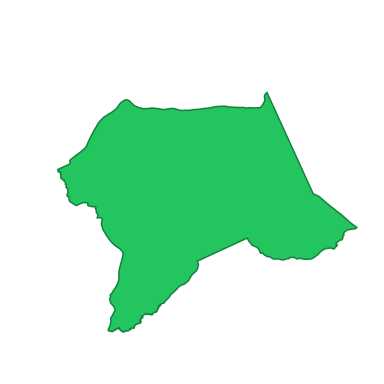 outline of Sesan, Stœng Trêng, Cambodia, rotated 65°
{"feature_id": "14789045B73389269548404", "entity_name": "Sesan", "entity_type": "district", "adm_level": 2, "iso_a3": "KHM", "parent_name": "Cambodia", "parent_adm1": "Stœng Trêng", "projection": "equal_earth", "projection_center": [106.435, 13.605], "detail": "fine", "context": "isolated", "style": "filled", "palette": "green", "viewbox_px": 384, "rotation_deg": 65, "n_neighbors": 0, "source": "geoboundaries", "source_scale": "gbopen_adm2", "svg_char_len": 6012}
<svg xmlns="http://www.w3.org/2000/svg" viewBox="0 0 384 384"><g transform="rotate(65 192 192)"><path d="M188.4,288.6L197.1,287.6L201.4,286.7L203.6,286.1L207.2,284.7L209.7,283.4L213.1,281.3L217.8,280.0L221.0,281.9L230.1,289.5L232.1,291.0L234.7,292.7L238.3,294.1L240.9,295.6L243.0,297.5L245.4,300.4L249.0,306.3L249.9,307.4L250.1,307.9L250.2,308.9L251.1,309.8L251.8,309.8L252.1,309.7L252.4,309.9L252.7,310.4L253.1,310.7L253.7,311.4L254.6,312.0L257.0,312.2L257.8,312.7L259.9,312.2L262.4,311.3L263.6,311.3L265.3,311.2L266.3,311.2L266.9,311.9L268.2,313.8L271.0,317.4L271.6,318.3L271.7,318.8L272.2,319.3L274.5,319.8L277.6,322.1L278.8,323.2L281.5,326.2L282.2,326.4L283.0,325.8L283.7,324.9L284.1,324.4L284.2,323.9L284.7,323.3L285.0,322.7L284.8,322.6L284.6,321.4L284.2,321.1L284.3,320.6L284.7,320.2L284.8,319.8L284.3,319.5L284.1,319.0L284.0,318.2L284.1,317.7L284.5,317.4L284.9,316.7L284.6,316.3L284.1,316.3L283.9,316.0L284.0,315.7L284.4,315.5L284.7,315.8L284.9,315.8L285.6,315.4L286.0,315.5L286.9,315.3L287.7,314.6L288.1,314.8L288.5,314.7L288.6,314.3L288.8,314.1L289.9,313.6L290.1,313.3L289.7,312.1L290.1,311.5L290.2,311.2L290.0,310.9L290.2,309.8L290.5,309.5L290.9,308.3L290.9,307.8L290.5,307.2L290.6,305.5L290.4,305.5L290.2,306.0L289.7,306.0L289.6,305.4L290.0,304.4L290.0,303.6L290.1,303.2L290.5,302.5L291.0,302.3L290.7,301.7L289.4,300.9L289.1,300.2L288.7,300.0L288.7,299.6L288.3,299.2L288.6,297.7L288.5,297.2L288.5,296.9L288.7,296.0L288.4,294.8L288.7,294.6L289.0,294.2L288.1,293.0L287.8,292.9L287.6,293.0L287.6,293.3L287.1,293.9L286.6,293.3L286.1,293.1L286.2,292.6L286.1,292.4L285.9,292.3L285.3,292.5L285.4,291.3L285.1,290.8L285.0,289.7L284.7,289.5L284.1,289.9L284.0,289.6L283.9,289.6L283.4,290.1L283.2,289.7L283.6,289.0L283.2,288.3L283.0,287.3L282.9,286.9L283.1,286.2L283.0,285.8L282.6,285.5L282.5,285.0L282.7,284.8L283.6,285.0L283.8,284.8L284.0,283.9L284.2,283.4L284.5,283.2L284.6,282.9L284.6,282.3L285.1,282.3L285.3,282.1L285.0,281.2L285.1,280.9L285.4,280.7L285.9,280.7L286.2,280.6L286.4,280.2L286.5,279.8L285.9,279.6L285.5,279.0L285.7,278.2L285.4,277.8L285.1,276.9L285.3,276.0L285.7,275.5L285.7,275.2L285.3,274.2L284.6,273.8L284.3,273.1L283.7,272.5L282.9,272.3L283.2,271.4L282.2,270.7L281.9,270.4L281.3,270.7L281.1,270.7L281.0,270.4L281.2,270.1L281.5,270.0L281.8,269.4L281.8,269.0L281.6,268.8L281.3,268.7L280.9,269.2L280.7,268.9L280.6,267.9L280.9,267.4L280.4,266.8L280.3,266.4L280.2,266.0L280.8,265.0L280.8,264.5L279.4,261.8L277.7,257.1L277.3,256.4L276.4,255.3L276.0,254.5L274.6,249.7L273.4,246.4L272.3,244.0L271.8,240.4L272.2,238.9L272.2,237.9L271.2,233.5L270.6,232.1L267.9,228.5L267.1,227.1L266.5,225.4L265.4,221.6L264.6,220.3L262.3,218.1L260.8,217.0L259.6,216.6L256.9,216.4L257.1,161.5L260.8,161.2L262.0,161.0L263.5,160.2L264.1,160.4L265.0,160.3L265.8,159.8L269.2,156.9L270.4,156.1L271.7,155.7L272.6,155.6L276.0,155.8L276.5,155.6L276.9,154.4L277.5,153.5L278.8,153.3L280.4,152.5L281.2,151.8L282.1,151.3L282.7,150.7L283.4,149.0L283.8,148.6L284.9,148.1L286.5,147.0L287.3,146.1L288.1,144.8L288.7,142.5L291.1,139.6L292.2,138.0L292.7,134.3L293.3,132.3L293.3,131.8L292.8,130.8L294.0,127.8L294.2,127.2L294.8,126.9L295.2,126.3L296.5,125.8L296.7,125.6L297.0,125.0L297.6,122.4L299.7,119.6L301.1,117.3L302.5,113.7L302.9,112.4L303.2,110.4L302.8,109.0L302.4,106.4L302.0,104.7L300.4,100.6L300.1,99.2L299.8,97.7L299.8,95.9L299.9,94.2L301.3,90.0L302.0,89.2L302.7,88.7L303.5,87.5L303.6,87.0L303.3,86.3L302.4,85.3L302.5,84.6L302.0,84.1L302.0,83.7L302.0,83.1L301.7,82.9L301.4,83.0L301.3,82.8L301.1,82.8L300.8,83.1L300.2,83.3L299.8,83.1L299.5,83.2L299.2,83.0L299.0,82.0L298.7,80.7L298.6,80.0L298.3,79.2L298.1,77.9L298.6,77.1L298.7,76.6L298.2,75.5L297.1,74.4L295.9,74.2L295.6,73.7L295.5,72.8L295.2,72.4L294.6,72.4L293.0,71.5L292.6,70.0L292.1,67.4L292.4,65.6L294.1,60.2L294.2,59.6L294.0,58.2L293.7,57.6L285.6,62.1L284.3,62.5L276.1,66.0L272.2,68.0L269.9,69.3L266.9,70.6L265.4,71.5L260.3,74.1L250.7,78.3L248.9,79.4L244.9,82.9L133.5,82.0L134.2,84.0L135.1,85.4L135.9,85.9L136.9,86.3L139.0,86.8L139.6,87.4L141.1,88.6L142.7,91.1L143.6,92.3L143.8,93.1L144.4,93.9L144.2,95.1L142.0,100.4L139.6,105.0L139.1,106.8L138.6,107.8L137.0,109.7L135.6,113.1L130.2,123.2L128.7,124.9L127.3,127.7L124.8,134.0L123.7,138.3L122.9,141.6L121.2,146.3L120.7,148.4L119.4,152.2L118.1,155.5L116.9,159.6L116.4,160.9L115.1,163.4L113.7,167.2L111.0,170.6L108.8,172.8L107.7,175.1L106.4,179.1L106.1,180.7L105.5,182.2L104.5,184.2L103.7,185.5L103.1,186.2L101.7,188.1L101.1,189.4L100.2,190.7L99.2,192.3L98.5,193.9L98.1,195.6L97.6,197.1L96.1,200.5L95.5,201.6L92.5,205.1L90.2,207.1L89.2,207.9L84.9,209.5L82.9,210.3L81.3,211.5L80.5,212.8L80.4,215.0L80.9,218.3L81.2,219.2L82.2,221.4L83.6,223.5L84.9,226.4L85.9,231.6L86.2,235.0L86.6,237.1L86.9,240.4L89.4,246.9L91.2,249.7L92.8,251.7L94.7,254.7L99.1,260.4L102.4,264.4L106.2,268.7L106.9,270.4L108.4,274.9L109.7,281.2L111.3,288.4L111.7,289.4L112.2,289.7L113.4,289.8L114.4,290.2L114.9,290.9L115.0,293.0L114.9,295.9L114.9,303.9L115.4,304.5L115.7,304.6L116.4,304.3L116.4,303.9L117.5,304.5L118.1,303.8L118.3,302.8L118.5,302.5L119.2,303.0L119.4,302.9L119.6,303.0L120.3,303.8L120.7,303.9L121.5,303.6L122.3,304.2L123.0,304.3L123.1,304.6L123.4,304.8L123.7,304.9L124.0,304.7L124.7,304.7L125.4,304.3L125.9,304.3L126.1,304.1L126.5,303.2L126.8,303.0L127.3,302.9L127.9,303.2L128.1,303.5L128.4,303.4L128.8,303.0L129.6,302.6L130.7,302.9L131.0,303.3L131.4,303.6L131.6,303.5L131.7,303.1L132.4,303.1L132.9,303.2L134.0,303.9L134.6,304.1L135.3,303.9L135.9,303.6L136.2,303.7L137.0,303.3L138.2,303.8L138.7,304.1L139.1,304.1L140.1,304.8L140.6,305.3L140.9,305.9L141.5,306.0L142.7,306.9L143.2,306.8L143.7,306.0L144.0,305.6L145.2,306.2L146.2,306.3L148.2,306.8L148.8,306.8L150.3,306.0L155.1,302.9L155.4,302.5L155.5,302.0L155.4,297.9L155.5,295.9L155.9,294.2L156.2,293.8L157.8,291.1L160.4,292.1L162.9,289.0L164.7,285.5L166.4,286.6L168.3,286.5L170.4,287.5L172.7,286.7L175.4,288.8L176.3,286.3L176.6,285.9L177.2,285.3L178.5,284.8L179.1,285.0L180.0,285.9L182.4,287.4L182.8,287.7L184.6,288.0L188.4,288.6Z" fill="#22c55e" stroke="#15803d" stroke-width="1.5"/></g></svg>